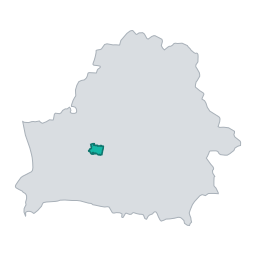 Nyasvizh, Minsk, Belarus (highlighted)
{"feature_id": "67162791B10653728732828", "entity_name": "Nyasvizh", "entity_type": "district", "adm_level": 2, "iso_a3": "BLR", "parent_name": "Belarus", "parent_adm1": "Minsk", "projection": "mercator", "projection_center": [26.624, 53.238], "detail": "fine", "context": "in_parent", "style": "filled", "palette": "teal", "viewbox_px": 256, "rotation_deg": 0, "n_neighbors": 0, "source": "geoboundaries", "source_scale": "gbopen_adm2", "svg_char_len": 5823}
<svg xmlns="http://www.w3.org/2000/svg" viewBox="0 0 256 256"><path d="M218.3,193.7L213.8,193.4L208.4,193.5L205.4,195.6L202.1,194.6L199.8,195.8L194.5,201.6L192.4,204.7L190.4,209.5L189.2,213.0L189.9,215.5L190.8,217.7L191.1,220.2L191.6,222.1L190.2,223.5L189.5,225.5L187.2,225.2L184.5,223.3L183.9,220.5L181.8,218.5L180.4,217.5L178.1,217.3L174.5,218.2L169.7,218.9L166.0,219.1L164.1,220.1L161.2,221.1L160.0,219.9L158.4,216.8L157.1,213.6L156.2,212.2L155.4,211.8L154.4,211.9L153.3,212.9L152.5,213.9L149.4,215.1L148.1,216.3L146.6,219.2L145.7,219.0L144.7,218.3L143.5,215.0L141.9,214.3L139.4,214.2L136.2,213.5L133.7,212.6L132.8,212.8L131.3,214.2L129.6,214.4L126.0,213.1L125.3,213.7L123.2,217.3L122.3,217.5L121.7,217.0L122.0,213.9L119.9,212.8L116.4,212.6L113.9,213.1L112.7,212.9L112.1,212.3L109.1,207.1L107.5,206.7L104.6,207.0L100.4,206.3L95.5,205.2L92.8,204.7L91.4,203.5L88.4,203.1L80.3,200.9L77.0,200.5L72.2,200.5L64.8,200.0L60.1,200.2L57.9,201.0L55.3,201.4L46.5,202.0L43.4,202.6L42.5,203.8L41.5,206.2L37.8,210.4L34.3,213.2L33.7,213.4L31.6,211.9L29.9,211.4L27.9,211.3L26.5,211.8L25.6,212.4L25.7,215.7L25.5,216.0L24.0,212.1L24.1,208.7L25.0,206.7L26.0,204.9L25.6,202.2L26.6,198.6L26.6,196.0L26.2,194.9L25.4,193.6L23.1,192.2L22.1,191.0L19.0,189.5L15.9,187.7L15.4,186.5L15.5,185.7L16.0,184.6L18.4,181.0L20.9,177.6L22.6,176.3L31.2,171.9L32.5,170.4L32.9,167.7L32.7,162.5L32.2,157.7L31.5,154.3L29.9,148.1L25.4,135.1L22.7,121.5L24.4,122.3L28.6,122.6L31.8,121.6L33.5,121.5L35.1,121.8L39.4,121.0L40.4,122.2L42.4,123.3L46.2,121.8L49.5,119.8L53.0,120.1L53.5,119.1L54.4,114.2L55.4,113.2L59.6,113.7L61.1,112.8L62.7,110.4L65.2,108.9L67.2,108.9L69.4,107.2L70.4,108.3L70.9,110.4L70.2,112.0L70.5,112.6L72.0,113.4L74.6,113.4L76.2,112.7L76.6,111.8L76.6,110.1L76.2,108.6L75.1,107.2L73.1,106.5L71.6,106.5L71.4,105.6L71.9,103.8L73.1,100.4L74.7,97.4L75.6,96.2L75.8,95.1L75.6,93.3L75.5,89.9L76.9,85.2L78.8,81.7L81.3,80.5L84.3,79.9L86.2,78.2L87.2,76.3L88.0,73.2L89.0,72.6L96.3,73.0L97.4,69.9L98.0,69.1L99.5,68.1L100.4,67.1L100.1,66.2L98.2,65.7L93.8,65.2L92.9,64.2L93.2,63.0L94.4,59.8L95.5,55.7L96.1,52.5L96.1,50.6L96.8,50.1L100.3,49.5L101.5,48.9L104.6,44.5L107.0,43.8L113.0,44.9L115.8,44.8L119.4,45.1L119.7,44.7L120.9,40.4L126.9,33.4L130.1,31.0L132.1,30.5L132.8,30.6L136.1,34.3L136.8,34.4L139.0,32.9L142.7,32.7L144.4,34.0L146.9,38.5L148.1,39.1L151.7,36.5L153.7,35.7L155.0,35.7L161.8,39.2L162.3,40.3L162.4,41.6L161.3,45.7L162.7,48.2L164.4,49.9L167.9,47.1L169.2,46.3L170.6,46.3L172.4,45.3L173.8,43.7L175.1,43.2L177.6,43.5L182.1,43.2L187.4,45.6L187.8,46.4L190.5,49.2L191.4,50.7L192.3,51.1L193.7,52.5L195.5,53.4L196.8,53.1L197.5,53.6L198.0,54.7L198.1,56.6L197.9,61.9L196.0,64.7L195.8,65.7L195.8,66.8L197.3,69.1L199.3,72.7L199.7,74.7L199.7,76.3L197.1,80.8L196.2,81.8L195.6,84.1L195.3,86.3L195.5,87.2L199.9,90.8L203.1,92.8L203.8,93.7L203.9,94.3L202.2,98.1L202.0,99.1L204.6,100.7L206.0,103.2L207.3,107.3L209.8,111.1L218.9,116.8L219.7,117.8L220.0,119.0L219.7,121.6L218.1,126.6L219.6,127.4L223.7,127.2L228.6,127.8L234.5,131.3L234.5,132.9L233.9,134.3L234.3,135.9L235.0,137.1L240.1,141.1L240.6,142.2L240.6,144.1L240.5,145.5L239.1,145.8L237.5,146.4L234.9,148.1L233.9,150.5L229.8,153.7L227.2,155.2L225.2,155.2L220.3,154.6L218.6,153.0L217.9,151.5L216.0,150.8L213.5,150.8L210.1,151.0L209.4,151.5L208.8,153.3L207.4,156.4L206.3,158.1L210.7,164.2L212.9,166.7L213.6,168.2L213.5,169.3L212.5,170.5L212.7,173.1L214.8,176.5L214.1,177.0L213.9,181.1L213.9,185.5L214.4,186.6L215.6,187.5L216.5,189.1L218.2,192.7L218.3,193.7Z" fill="#d9dde1" stroke="#a8b0b8" stroke-width="1"/><path d="M90.8,144.5L90.9,144.8L91.0,145.0L91.1,145.4L91.0,145.7L90.9,145.9L91.0,146.1L91.5,146.2L91.6,146.3L91.6,146.5L91.4,146.8L91.4,147.0L91.4,147.5L91.4,147.9L91.4,148.3L91.2,148.6L90.9,148.6L90.4,148.6L90.1,148.7L90.1,149.1L90.1,149.3L89.8,149.5L89.6,149.5L89.4,149.7L89.5,150.1L89.4,150.3L89.2,150.4L89.1,150.5L88.7,150.6L88.6,150.8L88.7,151.1L88.8,151.3L89.1,151.4L89.5,151.4L89.8,151.5L90.0,151.8L90.2,152.1L90.3,152.5L90.6,153.0L90.8,153.3L91.1,153.6L91.4,153.9L91.7,154.0L92.0,154.2L92.4,154.2L92.8,154.1L93.1,154.1L92.9,153.8L92.8,153.6L92.6,153.4L92.5,153.2L92.4,153.1L92.3,152.9L92.5,152.7L92.9,152.5L93.1,152.5L93.2,152.8L93.4,152.9L93.5,152.9L93.8,152.9L93.8,153.1L93.9,153.3L94.0,153.5L94.3,153.6L94.6,153.6L94.8,153.5L95.0,153.6L95.3,153.8L95.5,153.8L95.6,153.7L95.7,153.4L95.6,153.2L95.8,153.1L96.2,153.5L96.4,153.6L96.5,153.7L96.8,153.8L97.1,154.0L97.5,154.3L97.7,154.5L98.2,154.8L98.4,154.9L98.6,154.8L98.9,154.7L99.0,154.6L99.3,154.5L99.5,154.5L99.7,154.9L99.9,155.1L100.1,155.2L100.3,155.1L100.4,154.9L100.5,154.7L100.9,154.6L101.0,154.7L101.2,154.8L101.3,154.8L101.5,154.8L101.8,154.7L101.8,154.3L102.0,154.2L102.1,153.8L102.0,153.7L101.9,153.5L101.9,153.3L102.0,153.1L102.0,152.9L102.2,152.7L102.3,152.5L102.3,152.3L102.4,152.1L102.4,151.9L102.5,151.7L102.4,151.4L102.4,151.2L102.4,150.9L102.5,150.6L102.7,150.4L102.7,150.1L102.8,149.9L103.0,149.7L103.0,149.4L102.9,149.3L102.8,149.2L103.0,148.9L103.2,148.6L103.2,147.9L103.3,147.6L103.3,147.3L103.3,147.1L103.3,146.7L103.4,146.4L103.3,146.2L103.2,146.2L102.9,146.1L102.7,146.1L102.3,146.2L102.0,146.3L101.8,146.3L101.6,146.2L101.4,146.0L101.4,145.8L101.4,145.6L101.2,145.5L100.9,145.5L100.9,145.8L100.8,146.0L100.6,146.1L100.4,146.2L100.2,146.2L99.8,146.0L99.6,146.0L99.4,145.9L99.1,145.8L98.9,145.9L98.8,146.0L98.7,146.1L98.4,146.1L98.1,146.0L97.9,146.0L97.7,146.1L97.5,145.9L97.7,145.7L97.6,145.4L97.3,145.3L97.1,145.3L96.9,145.2L96.7,145.2L96.5,145.3L96.4,145.4L96.3,145.5L96.1,145.6L95.9,145.6L95.7,145.6L95.5,145.4L95.4,145.3L95.3,145.2L95.1,145.1L94.8,145.2L94.7,145.3L94.4,145.3L94.2,145.3L93.9,145.3L93.7,145.2L93.6,144.7L93.8,144.4L94.0,144.4L94.2,144.2L94.3,144.0L94.3,143.7L93.9,143.7L93.3,143.6L93.0,143.6L92.4,143.8L91.8,143.9L91.4,144.2L91.0,144.5L90.8,144.5Z" fill="#14b8a6" stroke="#0f766e" stroke-width="1.5"/></svg>